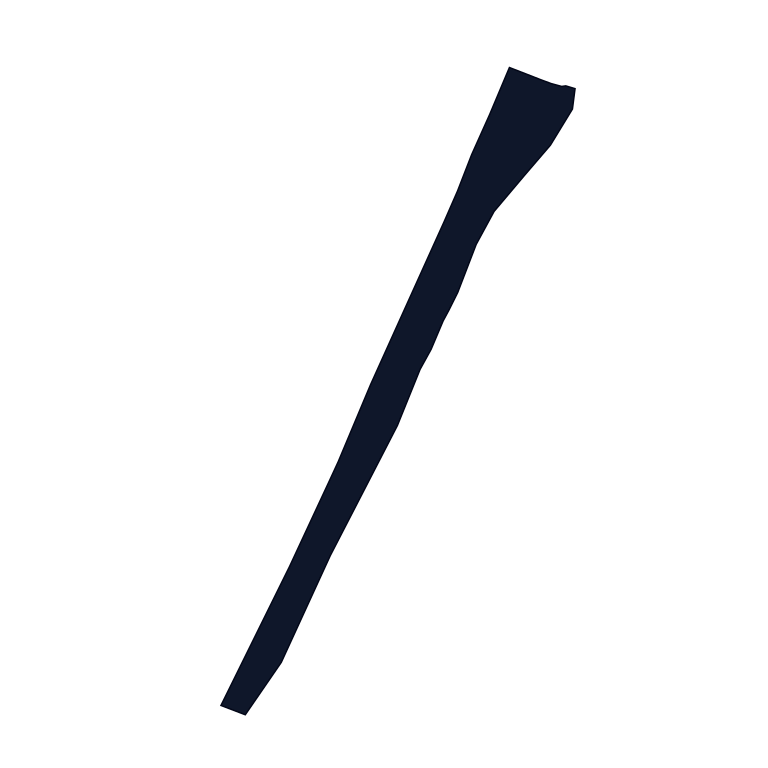 Teone, Tuvalu, rotated 223°
{"feature_id": "33948139B32813308345680", "entity_name": "Teone", "entity_type": "district", "adm_level": 2, "iso_a3": "TUV", "parent_name": "Tuvalu", "parent_adm1": "", "projection": "natural_earth1", "projection_center": [179.198, -8.507], "detail": "fine", "context": "isolated", "style": "filled", "palette": "ink", "viewbox_px": 768, "rotation_deg": 223, "n_neighbors": 0, "source": "geoboundaries", "source_scale": "gbopen_adm2", "svg_char_len": 552}
<svg xmlns="http://www.w3.org/2000/svg" viewBox="0 0 768 768"><g transform="rotate(223 384 384)"><path d="M259.9,47.5L269.3,110.4L306.3,222.0L325.1,288.9L345.9,362.8L367.6,419.3L373.2,441.5L383.8,470.5L386.9,482.3L392.5,501.2L411.8,549.0L421.2,585.3L423.5,631.4L425.2,672.2L433.7,713.6L445.7,730.3L454.4,726.0L457.0,722.8L466.7,717.7L477.0,713.4L508.1,701.0L490.5,653.1L476.3,611.5L461.8,575.2L450.5,543.1L420.1,453.2L393.4,374.4L364.5,296.0L358.1,276.6L328.7,186.4L284.0,37.7L259.9,47.5Z" fill="#0f172a" stroke="#020617" stroke-width="1.5"/></g></svg>